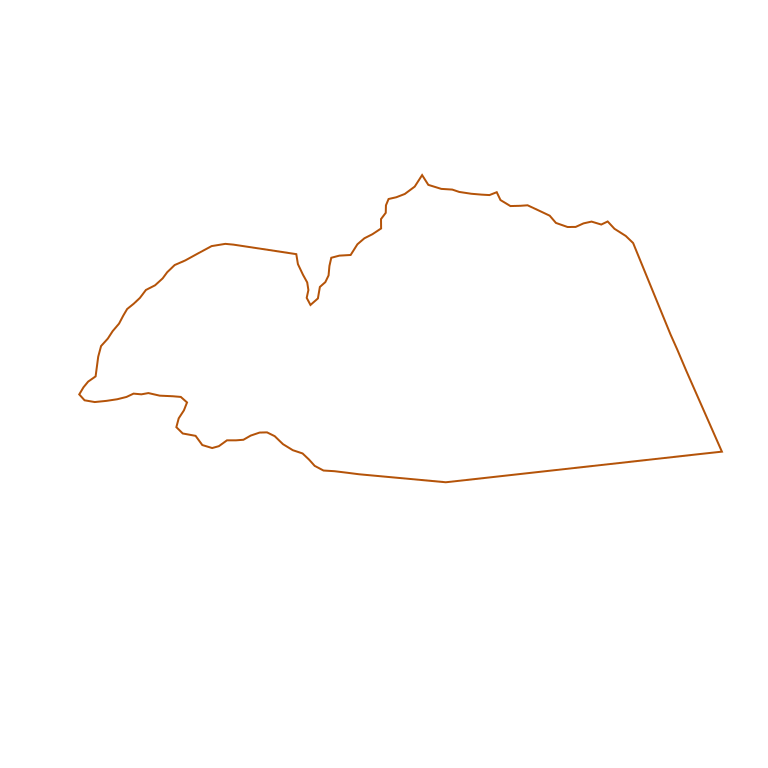 Riacho dos Cavalos, Paraíba, Brazil (Albers equal-area conic projection), rotated 157°
{"feature_id": "56859067B6406172086981", "entity_name": "Riacho dos Cavalos", "entity_type": "district", "adm_level": 2, "iso_a3": "BRA", "parent_name": "Brazil", "parent_adm1": "Paraíba", "projection": "albers", "projection_center": [-37.603, -6.47], "detail": "fine", "context": "isolated", "style": "outline", "palette": "amber", "viewbox_px": 768, "rotation_deg": 157, "n_neighbors": 0, "source": "geoboundaries", "source_scale": "gbopen_adm2", "svg_char_len": 1591}
<svg xmlns="http://www.w3.org/2000/svg" viewBox="0 0 768 768"><g transform="rotate(157 384 384)"><path d="M99.6,416.4L103.6,425.8L111.2,436.8L114.6,446.2L121.7,445.9L129.5,452.4L137.6,453.9L146.2,453.7L153.7,456.8L162.8,465.1L165.7,474.2L173.9,483.4L182.0,492.4L188.7,494.7L198.1,498.4L204.9,507.8L205.3,516.5L213.1,516.7L220.0,520.1L229.3,525.0L239.7,531.4L245.2,536.3L255.0,541.2L265.4,550.0L267.3,561.4L278.6,553.7L290.6,550.8L299.7,551.1L307.5,552.5L312.4,547.7L315.5,540.9L322.3,537.0L325.9,528.3L336.2,526.4L345.1,525.8L353.9,523.0L364.3,515.8L374.9,519.6L383.2,520.8L388.1,514.0L392.6,505.6L398.2,500.7L405.1,498.4L411.4,488.6L420.8,485.5L421.5,493.5L416.9,500.0L415.0,507.5L415.9,516.2L416.4,528.0L414.0,537.8L468.1,571.1L475.3,575.0L488.8,578.3L503.9,576.9L511.8,576.1L518.7,575.4L530.2,575.3L539.9,571.6L546.5,567.7L556.2,564.3L566.4,563.6L575.1,558.6L583.3,555.6L591.1,553.4L597.2,548.9L604.3,543.1L613.1,538.7L620.5,533.7L629.6,529.5L636.4,520.8L646.5,503.7L655.4,501.8L661.9,498.4L668.6,493.5L666.0,486.0L657.3,480.4L646.0,476.9L635.5,474.2L626.1,472.7L618.3,473.0L611.4,469.3L604.4,467.7L595.0,460.9L583.3,455.3L576.1,451.5L572.5,444.0L578.5,437.9L586.4,432.6L592.0,425.4L588.6,417.1L577.7,409.9L575.1,398.8L567.2,392.2L560.3,391.3L550.6,393.5L542.6,390.1L535.2,387.6L526.9,388.6L517.5,387.9L510.6,385.2L505.0,378.7L500.5,368.1L493.8,358.7L486.1,351.9L482.5,343.6L479.8,335.7L473.5,328.0L463.7,323.1L452.4,316.6L442.3,310.7L365.5,269.4L327.8,258.1L123.6,197.0L99.4,189.7L100.6,277.9L100.6,301.3L100.9,317.6L99.6,416.4Z" fill="none" stroke="#b45309" stroke-width="2"/></g></svg>